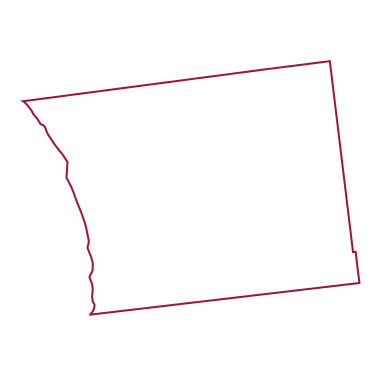 Lewis, Missouri, United States of America, rotated 172°
{"feature_id": "52423323B3556766524174", "entity_name": "Lewis", "entity_type": "district", "adm_level": 2, "iso_a3": "USA", "parent_name": "United States of America", "parent_adm1": "Missouri", "projection": "robinson", "projection_center": [-91.537, 40.101], "detail": "fine", "context": "isolated", "style": "outline", "palette": "rose", "viewbox_px": 384, "rotation_deg": 172, "n_neighbors": 0, "source": "geoboundaries", "source_scale": "gbopen_adm2", "svg_char_len": 801}
<svg xmlns="http://www.w3.org/2000/svg" viewBox="0 0 384 384"><g transform="rotate(172 192 192)"><path d="M104.5,303.3L346.7,305.4L345.7,304.6L343.0,301.0L339.6,295.0L338.1,290.8L335.2,286.4L332.7,280.7L332.3,280.1L329.8,278.7L328.8,277.1L328.0,274.7L327.6,272.2L326.5,268.8L321.7,258.8L317.6,251.3L315.6,248.5L311.1,238.9L314.3,223.7L310.8,213.8L309.5,208.5L307.6,199.3L304.5,186.8L302.5,176.9L301.9,172.4L301.0,158.5L301.1,157.0L303.1,151.8L303.2,150.9L300.9,141.6L300.2,135.7L300.3,133.9L301.4,128.3L302.4,126.4L304.8,123.3L305.4,121.4L305.1,120.2L304.1,116.7L303.7,113.3L303.9,108.8L305.5,102.5L305.5,97.1L304.5,95.2L304.2,93.8L304.6,91.9L306.1,88.6L307.5,86.9L309.2,85.7L309.7,84.7L38.9,78.6L38.3,110.0L40.9,110.1L37.3,302.4L104.5,303.3Z" fill="none" stroke="#9f1239" stroke-width="2"/></g></svg>